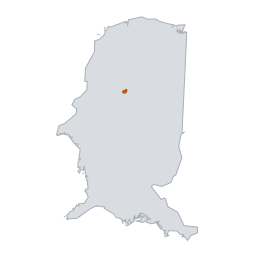 location of Chaffee, Colorado, United States of America, rotated 91°
{"feature_id": "52423323B55010053524347", "entity_name": "Chaffee", "entity_type": "district", "adm_level": 2, "iso_a3": "USA", "parent_name": "United States of America", "parent_adm1": "Colorado", "projection": "albers", "projection_center": [-106.275, 38.74], "detail": "fine", "context": "in_parent", "style": "filled", "palette": "amber", "viewbox_px": 256, "rotation_deg": 91, "n_neighbors": 0, "source": "geoboundaries", "source_scale": "gbopen_adm2", "svg_char_len": 4223}
<svg xmlns="http://www.w3.org/2000/svg" viewBox="0 0 256 256"><g transform="rotate(91 128 128)"><path d="M211.3,76.9L224.7,70.2L225.8,56.9L231.5,56.7L234.5,63.3L239.4,66.5L234.9,70.4L235.2,71.8L233.7,70.6L233.5,73.8L230.1,77.4L230.0,85.3L233.5,87.2L235.0,86.2L234.0,85.1L234.8,85.5L235.5,86.9L231.3,89.7L229.8,88.5L230.1,90.8L225.0,93.4L221.9,97.6L221.8,95.9L221.0,95.1L221.2,99.2L222.6,99.4L223.3,102.7L222.0,107.8L218.2,106.3L219.1,103.1L217.7,105.6L219.4,108.1L221.2,109.3L222.0,111.1L220.7,118.9L220.4,114.4L216.3,111.4L216.8,106.6L214.4,108.8L217.4,114.6L214.1,113.7L213.2,114.2L213.4,112.0L213.2,111.4L212.8,113.2L213.1,114.5L218.0,115.5L217.5,116.9L214.9,115.4L214.1,115.3L217.3,117.1L218.4,117.2L218.3,119.0L216.7,118.2L219.4,119.9L219.1,120.4L217.7,119.5L215.0,119.8L218.9,121.0L220.9,120.2L224.7,125.2L221.5,121.4L223.0,124.1L219.0,124.8L222.7,126.6L223.7,125.4L222.9,128.5L218.9,128.8L221.6,129.4L220.1,131.3L222.6,131.5L218.7,133.5L217.8,138.3L214.2,140.6L208.8,150.4L207.5,149.8L206.5,157.5L206.7,159.3L209.4,164.2L219.5,178.0L219.7,186.7L216.8,188.0L212.7,184.5L211.2,181.0L205.8,178.0L206.8,175.7L204.7,176.3L204.2,170.7L197.9,166.5L190.7,169.6L188.7,166.8L181.2,168.1L181.9,166.7L180.8,168.2L177.5,169.5L177.0,167.0L176.8,168.9L166.6,171.3L171.2,171.7L170.1,174.3L173.9,175.8L172.4,177.3L168.1,175.1L168.3,177.4L163.0,177.3L159.7,174.9L158.2,176.6L150.4,175.4L146.4,179.2L147.4,178.2L145.0,177.7L144.2,181.7L139.9,184.8L140.9,183.9L137.8,183.9L139.0,185.1L135.6,187.1L134.7,191.6L133.0,191.1L134.5,192.1L135.1,196.1L136.8,198.4L135.8,199.3L126.9,197.0L124.5,191.3L114.6,180.1L110.0,179.7L105.8,184.5L100.2,181.6L97.6,176.2L90.4,169.8L82.2,169.6L82.1,172.1L68.9,171.6L52.3,162.9L41.2,162.7L40.1,158.4L35.9,153.9L26.8,149.5L27.2,146.6L21.4,132.2L21.9,130.9L23.2,132.9L22.7,129.9L26.1,130.2L19.8,129.4L16.6,116.3L18.9,110.0L18.5,102.4L20.9,98.0L24.2,84.7L27.0,85.6L23.9,84.4L25.5,80.9L24.4,80.7L23.8,72.8L30.6,75.4L28.5,79.2L31.3,76.7L30.5,80.0L28.7,80.5L29.9,80.9L31.4,79.8L32.4,76.4L31.4,70.9L131.6,73.9L131.4,71.9L133.8,75.0L145.6,76.9L156.8,73.6L174.2,79.4L175.5,81.7L181.8,84.2L185.8,93.0L183.9,101.6L186.3,103.6L198.8,93.6L197.3,90.3L198.3,89.3L205.9,86.7L211.3,76.9ZM227.1,94.3L229.3,93.0L221.9,98.3L227.7,93.1L227.1,94.3ZM31.3,74.2L31.9,76.5L31.8,76.8L30.8,75.0L31.3,74.2ZM136.6,197.7L135.1,194.3L135.0,192.3L135.4,194.4L136.6,197.7ZM235.6,70.4L236.0,71.5L235.5,71.4L235.6,70.4ZM159.9,175.9L160.3,176.7L159.3,176.1L159.9,175.9ZM30.1,153.3L31.2,153.0L31.3,153.2L30.1,153.3ZM28.9,152.8L28.4,153.4L28.1,152.8L28.9,152.8ZM233.4,89.0L233.0,89.9L232.8,89.9L233.4,89.0ZM135.5,190.4L135.0,192.1L136.3,188.8L135.5,190.4ZM216.3,173.4L218.3,176.1L216.1,173.2L216.3,173.4ZM35.3,156.8L35.7,157.7L35.3,156.8L35.3,156.8ZM220.4,187.0L219.7,188.3L220.7,185.8L220.4,187.0ZM225.7,127.0L225.1,128.5L224.9,125.4L225.7,127.0ZM30.7,72.3L30.6,72.9L30.3,72.6L30.7,72.3ZM139.1,185.7L137.6,186.6L139.2,185.5L139.1,185.7ZM235.7,88.4L236.0,89.2L235.2,89.3L235.7,88.4ZM35.0,159.2L35.2,160.3L34.8,159.3L35.0,159.2ZM137.2,187.3L136.6,187.7L137.1,187.0L137.2,187.3ZM222.1,112.5L221.7,114.4L222.0,111.8L222.1,112.5ZM146.0,180.0L145.0,180.7L146.4,179.4L146.0,180.0ZM206.9,158.3L207.1,159.6L206.7,158.8L206.9,158.3ZM223.1,131.6L222.8,131.9L223.5,130.7L223.1,131.6ZM193.4,168.7L192.3,169.7L191.7,169.7L193.4,168.7ZM177.0,169.3L176.8,169.6L176.1,169.7L177.0,169.3ZM209.8,181.5L210.2,182.4L209.5,181.4L209.8,181.5ZM174.1,171.8L174.0,172.7L173.7,171.2L174.1,171.8ZM218.0,190.0L217.3,190.3L218.3,189.7L218.0,190.0ZM223.3,103.3L223.2,104.3L223.3,102.9L223.3,103.3ZM224.5,129.0L224.2,129.4L224.5,129.0Z" fill="#d9dde1" stroke="#a8b0b8" stroke-width="1"/><path d="M89.9,130.1L89.9,130.3L89.8,130.5L90.0,130.5L90.2,130.8L90.3,130.9L90.5,130.9L90.8,130.9L90.9,131.0L91.0,131.0L90.9,131.2L90.9,131.3L90.7,131.4L90.6,131.5L90.6,131.8L90.6,132.0L90.6,132.3L90.8,132.5L90.9,132.9L90.9,133.0L91.0,133.2L91.1,133.3L91.3,133.5L91.9,133.6L92.1,133.6L92.1,133.4L92.3,133.4L92.3,133.5L92.7,133.2L92.8,133.2L92.8,132.9L92.9,132.6L92.8,132.4L92.7,132.3L92.7,132.2L92.7,131.8L92.8,131.5L92.6,131.3L92.7,131.2L92.4,130.9L92.1,130.8L91.9,130.8L91.9,130.7L91.7,130.5L91.6,130.4L91.6,130.2L89.9,130.1Z" fill="#f59e0b" stroke="#b45309" stroke-width="1.5"/></g></svg>